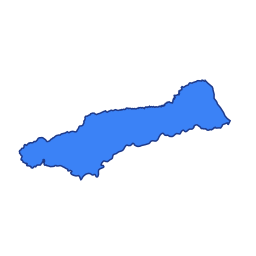 Tefé, Amazonas, Brazil, rotated 22°
{"feature_id": "56859067B54341094874389", "entity_name": "Tefé", "entity_type": "district", "adm_level": 2, "iso_a3": "BRA", "parent_name": "Brazil", "parent_adm1": "Amazonas", "projection": "orthographic", "projection_center": [-65.503, -4.413], "detail": "fine", "context": "isolated", "style": "filled", "palette": "blue", "viewbox_px": 256, "rotation_deg": 22, "n_neighbors": 0, "source": "geoboundaries", "source_scale": "gbopen_adm2", "svg_char_len": 5845}
<svg xmlns="http://www.w3.org/2000/svg" viewBox="0 0 256 256"><g transform="rotate(22 128 128)"><path d="M103.7,119.8L103.1,120.9L102.6,121.1L101.4,121.0L100.8,120.5L99.2,121.9L96.4,125.0L95.0,126.0L93.8,127.3L92.3,127.3L91.2,126.9L89.7,127.4L88.0,128.8L87.9,130.0L87.0,130.6L85.7,132.4L84.7,132.7L84.3,133.1L84.1,134.2L84.7,135.2L84.8,135.8L84.9,137.0L84.5,138.1L85.2,139.6L85.0,142.4L84.3,143.3L82.5,144.3L82.3,144.7L82.1,145.3L82.2,146.9L81.7,149.1L81.7,150.2L81.5,150.7L81.0,151.1L80.5,151.4L78.3,151.7L77.4,152.1L76.1,153.0L75.2,154.3L74.6,154.5L73.1,154.2L71.7,156.1L68.4,158.5L67.7,160.0L66.5,160.4L64.4,161.9L63.3,163.7L62.9,164.7L62.0,165.4L61.9,166.1L60.9,167.2L60.1,169.3L59.3,170.1L58.5,170.7L58.0,170.9L57.5,170.8L56.0,169.8L52.8,169.0L51.8,169.1L49.3,170.4L48.6,171.4L48.2,173.7L47.9,174.1L47.5,175.1L47.1,175.4L46.5,175.5L46.0,175.7L45.5,176.9L45.0,177.4L44.4,177.8L43.2,178.1L42.7,178.4L42.4,179.1L41.9,179.0L41.7,179.2L40.6,181.4L40.6,182.0L40.1,182.2L39.0,181.9L38.5,182.1L38.2,183.1L38.7,184.7L38.6,185.8L37.2,186.6L37.0,187.1L37.0,188.1L36.1,189.4L36.0,190.3L36.7,191.2L37.0,192.1L38.1,192.5L39.2,193.5L40.2,193.7L40.5,194.2L40.5,197.0L40.8,197.5L41.2,197.7L41.6,197.4L42.1,197.6L42.4,197.9L43.4,198.5L43.6,199.0L44.7,198.9L46.4,199.2L46.9,199.1L47.3,198.7L47.7,198.8L48.1,199.2L47.9,200.2L48.3,200.7L48.9,200.7L49.8,200.3L51.9,200.1L52.4,200.1L53.0,201.0L54.3,201.0L55.0,200.2L55.3,199.1L55.6,198.7L56.1,198.5L56.6,198.7L57.0,198.5L57.2,197.4L57.7,196.4L60.7,195.1L60.8,194.0L61.3,193.1L61.4,191.4L61.9,190.4L61.2,189.6L61.2,189.1L61.6,188.8L62.1,188.7L62.5,189.0L63.2,190.5L62.7,191.6L63.6,192.2L64.0,193.3L64.9,193.7L65.8,193.1L66.3,193.0L66.7,193.3L67.3,193.3L67.9,193.0L70.5,192.9L73.0,191.7L73.9,191.1L74.4,190.2L75.4,189.7L76.3,189.9L78.1,189.0L79.0,188.3L80.6,188.1L82.7,188.4L83.3,188.3L85.4,188.7L87.1,188.8L87.7,188.9L88.0,189.4L88.1,189.9L88.6,190.2L89.6,189.7L90.3,188.9L91.9,189.1L92.3,189.5L91.7,191.0L92.0,191.4L92.9,192.0L94.0,192.2L95.7,192.2L97.8,191.9L99.9,190.7L100.4,190.8L101.4,191.3L103.2,193.2L103.7,193.6L104.1,192.7L104.4,190.4L104.9,188.9L106.1,186.8L107.0,185.9L108.4,184.9L110.1,184.4L112.2,184.9L112.8,184.8L113.3,184.6L113.9,183.8L114.9,183.5L116.7,185.0L117.2,185.1L117.8,184.9L118.1,184.4L118.2,183.7L118.0,182.0L116.9,179.5L116.5,177.9L117.3,176.4L119.8,173.9L120.1,173.4L120.1,172.9L119.2,172.1L118.7,172.1L117.6,172.5L117.1,172.5L116.8,172.1L116.8,170.3L117.5,168.2L117.9,167.7L118.8,167.4L119.9,167.4L121.5,166.9L121.9,166.5L123.2,164.2L124.4,162.8L124.8,161.8L124.3,159.0L124.4,158.5L124.9,157.6L126.7,156.1L128.3,153.6L130.4,151.9L131.4,150.8L131.9,149.5L132.2,146.9L132.7,145.0L133.1,144.5L133.7,144.2L135.3,144.1L136.8,143.3L137.7,141.7L137.9,140.6L138.6,140.3L139.2,140.4L139.8,140.7L140.2,141.2L140.8,141.4L142.8,141.6L144.1,141.4L145.8,140.5L147.2,139.1L150.5,136.8L153.2,134.6L153.7,133.7L154.1,131.9L154.8,131.1L155.8,130.5L158.0,130.0L158.9,129.5L159.3,129.0L160.0,127.5L160.1,124.8L160.4,122.7L160.8,121.5L161.4,120.5L162.3,119.8L163.0,119.9L164.5,120.7L165.2,120.8L166.3,120.5L167.3,119.9L168.0,119.8L169.7,120.2L171.4,119.7L172.4,119.2L173.1,118.3L174.3,115.9L175.2,114.9L178.1,114.2L178.5,113.8L178.9,110.8L179.8,109.4L180.3,109.2L182.0,109.9L182.6,109.9L183.1,109.7L184.1,108.4L184.6,107.2L185.2,106.3L185.7,105.9L187.5,105.2L187.9,104.9L188.5,103.9L188.8,102.8L188.8,102.2L188.5,101.8L188.7,101.2L189.2,100.3L190.1,99.5L191.1,99.2L193.3,99.8L193.8,99.7L196.1,101.0L196.6,101.0L197.6,100.4L198.1,100.6L200.3,99.7L200.7,99.9L201.2,99.8L202.2,100.3L203.8,99.7L204.4,98.8L206.1,98.4L206.3,97.9L206.6,97.8L206.9,97.2L207.4,96.7L207.5,95.9L207.9,95.8L208.5,94.7L209.5,95.1L210.5,94.7L212.5,93.7L213.9,93.3L214.5,91.0L214.4,89.8L215.0,89.0L218.0,86.2L218.6,86.1L219.2,87.1L219.7,87.0L220.0,83.0L216.3,82.0L213.3,80.4L210.8,77.9L206.0,74.5L202.0,72.3L200.9,71.0L200.0,70.2L196.7,68.3L195.2,64.5L192.3,60.5L191.9,59.6L190.6,58.3L185.1,56.5L181.8,55.0L181.9,55.6L181.6,55.9L180.6,55.9L179.9,55.7L178.7,55.9L178.7,56.8L175.1,57.9L174.5,58.3L173.8,59.6L173.0,59.9L172.4,60.7L171.5,61.2L170.6,62.4L169.0,62.8L168.3,63.1L168.0,63.8L167.7,65.6L166.0,67.0L164.5,69.2L163.8,69.5L162.9,69.3L162.6,69.4L162.7,69.8L162.3,70.4L162.3,70.6L163.3,71.4L163.5,72.2L163.0,72.6L162.6,73.4L162.2,73.5L162.1,74.3L161.6,74.4L162.0,75.1L161.6,75.6L162.1,76.1L162.2,77.1L162.7,76.9L162.8,78.1L161.5,78.5L160.8,79.4L160.2,79.8L158.7,80.4L158.7,80.7L159.3,80.7L159.3,81.4L159.5,81.6L160.2,81.9L160.1,82.8L159.5,82.9L159.4,83.1L159.8,83.3L160.1,83.6L160.0,83.9L159.5,83.6L159.3,83.8L159.2,84.5L159.5,85.6L159.4,85.8L159.7,86.4L159.8,88.1L159.4,88.3L158.3,88.3L157.7,88.7L156.3,88.3L156.0,88.8L155.1,89.2L155.0,89.7L154.6,89.8L154.7,90.0L154.5,90.4L153.6,91.1L153.7,91.3L153.0,92.6L153.3,93.0L153.5,93.4L153.0,94.0L152.5,94.0L152.4,93.8L151.9,94.0L151.9,94.3L152.1,94.7L151.9,94.8L151.1,94.6L151.0,95.5L150.4,95.2L150.2,95.4L150.4,95.6L150.2,96.0L149.7,96.2L149.3,95.9L148.7,96.2L148.2,97.1L147.8,97.4L146.1,97.8L145.8,98.3L145.2,98.3L144.9,98.8L143.5,98.6L142.9,99.4L142.1,99.3L141.5,99.5L141.2,99.7L141.1,100.1L140.3,100.1L139.8,99.9L139.8,100.4L139.4,100.6L139.4,100.8L138.7,100.9L138.5,101.4L138.3,101.3L137.5,101.5L137.3,101.6L137.4,101.8L136.4,102.0L136.4,102.5L135.9,102.9L135.8,103.5L135.6,103.3L135.0,103.8L134.1,103.5L132.9,104.4L132.5,104.2L131.9,104.4L131.2,104.9L130.5,105.0L130.4,105.6L130.1,105.7L130.1,105.9L129.6,105.9L128.3,107.3L127.3,107.6L127.0,107.4L126.3,107.8L126.2,108.0L125.2,108.4L124.9,108.3L124.7,108.6L124.1,109.0L123.2,108.8L122.1,109.2L121.6,109.5L121.0,109.6L121.0,109.8L119.4,109.9L118.8,110.6L118.7,111.5L118.1,112.1L117.2,112.1L115.6,113.4L115.1,113.4L115.1,113.7L114.4,114.2L113.9,114.1L113.6,114.5L112.5,115.3L111.1,115.7L109.8,115.6L109.2,115.9L108.4,116.9L107.4,117.6L105.7,117.8L104.2,119.5L103.7,119.8Z" fill="#3b82f6" stroke="#1e3a8a" stroke-width="1.5"/></g></svg>